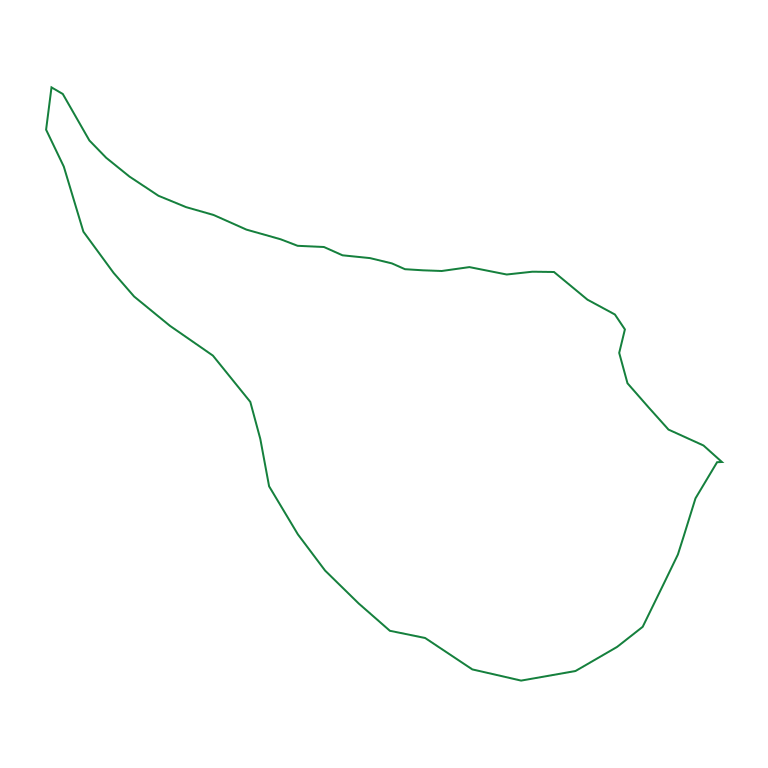 the district of Sumqayit City, Sumqayıt, Azerbaijan
{"feature_id": "54616110B75219613739908", "entity_name": "Sumqayit City", "entity_type": "district", "adm_level": 2, "iso_a3": "AZE", "parent_name": "Azerbaijan", "parent_adm1": "Sumqayıt", "projection": "mercator", "projection_center": [49.626, 40.591], "detail": "fine", "context": "isolated", "style": "outline", "palette": "green", "viewbox_px": 768, "rotation_deg": 0, "n_neighbors": 0, "source": "geoboundaries", "source_scale": "gbopen_adm2", "svg_char_len": 803}
<svg xmlns="http://www.w3.org/2000/svg" viewBox="0 0 768 768"><path d="M721.9,462.0L703.5,445.5L668.5,429.6L648.7,407.5L627.5,383.3L619.2,352.9L624.9,329.4L614.9,314.5L587.5,299.7L554.0,272.0L532.5,271.7L506.7,274.5L469.4,267.1L441.7,271.0L422.8,270.3L405.0,269.2L391.9,263.4L370.0,258.1L342.5,255.3L323.9,247.0L297.6,245.8L280.7,239.3L246.4,229.6L213.6,215.0L186.0,207.1L158.5,195.8L129.5,176.6L106.2,157.8L89.4,140.5L62.8,94.0L51.5,87.4L46.1,129.7L63.8,166.6L83.4,231.7L113.6,272.9L134.1,296.5L169.9,325.8L212.9,355.6L250.3,401.9L260.3,438.9L269.1,486.3L297.9,534.4L325.1,570.6L358.7,603.5L389.9,630.8L425.1,638.0L472.3,669.4L521.1,680.6L575.5,671.0L617.1,646.9L642.7,626.8L664.3,582.6L677.9,554.5L683.5,536.9L695.5,498.3L717.1,462.2L721.9,462.0Z" fill="none" stroke="#15803d" stroke-width="2"/></svg>